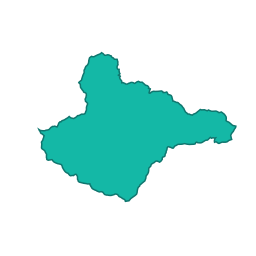 outline of Martshala, Samdrup Jongkhar, Bhutan, rotated 228°
{"feature_id": "84629894B7321058523370", "entity_name": "Martshala", "entity_type": "district", "adm_level": 2, "iso_a3": "BTN", "parent_name": "Bhutan", "parent_adm1": "Samdrup Jongkhar", "projection": "equal_earth", "projection_center": [91.734, 26.99], "detail": "fine", "context": "isolated", "style": "filled", "palette": "teal", "viewbox_px": 256, "rotation_deg": 228, "n_neighbors": 0, "source": "geoboundaries", "source_scale": "gbopen_adm2", "svg_char_len": 5806}
<svg xmlns="http://www.w3.org/2000/svg" viewBox="0 0 256 256"><g transform="rotate(228 128 128)"><path d="M57.2,209.4L59.9,207.5L63.3,207.1L65.0,206.8L66.6,206.0L67.9,205.8L69.3,207.4L70.5,208.3L71.9,208.6L73.8,208.8L77.4,208.1L78.5,205.9L80.1,205.5L81.7,204.7L83.7,202.2L84.8,201.1L86.6,200.2L87.5,199.9L87.8,198.4L89.4,197.5L90.3,197.1L92.3,194.7L93.4,194.1L93.4,192.2L93.5,191.0L93.6,188.7L93.7,187.9L94.4,186.2L94.5,185.8L94.5,184.5L96.3,183.2L97.1,183.0L97.8,182.4L98.3,181.9L98.7,181.7L99.8,181.8L101.3,181.4L103.7,182.0L105.4,182.6L106.3,182.5L108.4,182.8L109.8,182.7L110.4,182.4L111.9,182.3L112.1,182.2L113.1,182.2L114.0,181.8L114.5,181.2L117.2,180.0L117.7,179.7L117.9,179.4L122.1,181.6L123.3,181.8L124.3,181.4L126.0,180.3L126.5,180.2L126.8,180.5L128.8,180.9L129.0,180.7L129.2,179.9L130.2,178.5L130.9,177.8L131.8,178.2L133.2,177.6L134.9,175.2L136.7,173.0L138.3,171.4L138.8,170.3L138.9,169.8L139.1,169.3L139.0,168.0L139.3,167.4L139.7,167.1L140.4,167.5L140.5,167.9L141.1,168.7L141.5,169.3L141.7,170.1L142.0,170.4L142.2,170.7L142.7,170.2L143.7,169.8L143.8,170.2L144.1,170.6L145.1,170.8L146.0,170.8L146.9,170.5L147.6,170.0L148.0,169.6L148.9,169.6L152.5,169.2L153.9,167.6L155.7,167.0L156.3,165.5L156.5,163.8L156.7,162.8L157.2,162.5L158.4,162.1L159.4,161.3L159.7,160.9L160.2,160.0L160.2,159.2L160.8,158.4L161.1,156.9L162.0,155.9L163.0,155.5L163.5,155.5L164.0,155.0L165.0,154.7L165.8,153.6L167.0,154.7L169.9,155.0L170.3,155.1L171.1,155.5L171.6,156.9L172.2,156.9L173.2,156.2L173.7,156.2L173.5,157.7L173.9,158.5L174.8,158.5L175.7,159.2L176.3,159.4L177.3,160.5L177.6,160.6L177.7,160.3L178.7,159.7L179.7,160.0L180.6,160.6L181.1,161.2L181.5,162.0L181.7,162.9L182.6,163.4L183.7,164.5L184.4,165.0L185.1,165.2L186.3,165.9L186.7,165.5L188.2,163.9L189.8,164.0L191.0,163.4L192.1,163.5L192.7,163.7L193.1,163.7L193.5,163.2L194.6,162.9L195.4,162.4L196.0,161.9L196.6,160.7L197.1,159.9L197.7,159.3L200.2,159.2L201.2,158.8L201.6,158.8L201.7,157.0L201.9,156.4L202.1,155.8L202.6,154.6L203.2,152.5L203.5,151.5L203.6,150.8L203.9,150.2L204.5,149.5L205.7,148.8L205.8,147.2L205.9,146.7L205.8,146.2L204.3,143.9L203.8,143.6L203.5,143.0L202.6,142.0L202.0,140.2L201.9,139.2L202.0,138.0L201.5,136.7L201.3,136.3L200.7,135.5L200.7,134.9L200.2,133.9L198.5,132.5L198.2,131.8L197.4,129.9L195.6,126.8L195.1,126.2L194.7,125.3L194.8,122.1L194.6,121.7L194.0,121.8L192.7,121.8L192.1,121.6L191.2,120.8L189.9,119.9L188.7,119.7L188.0,119.7L187.0,119.5L185.4,119.5L184.5,119.1L183.6,119.3L183.1,119.8L182.1,120.0L181.4,119.9L180.0,118.8L179.7,118.1L179.3,117.8L178.9,117.4L178.6,116.4L178.1,115.4L176.1,114.2L175.4,114.5L174.3,114.4L173.6,114.5L172.9,114.0L172.4,113.3L172.4,113.0L172.0,112.3L171.3,111.1L170.5,110.3L169.8,109.8L169.0,108.8L168.4,107.4L167.8,106.4L167.5,105.5L167.8,104.6L168.3,103.9L169.4,102.7L170.0,100.1L170.9,98.8L170.8,96.9L171.2,94.7L171.5,93.9L173.6,92.4L174.7,92.1L175.9,92.0L175.9,90.1L176.4,87.8L176.5,86.8L177.1,84.8L177.5,84.2L177.6,83.3L177.5,82.9L177.5,82.2L178.1,81.7L178.0,79.8L177.5,79.0L177.0,78.0L176.6,76.9L176.2,76.2L176.5,75.8L178.4,74.8L179.1,73.5L179.8,72.8L179.7,72.2L180.0,71.2L179.7,68.3L180.1,67.5L180.3,66.9L181.2,65.7L181.5,64.8L181.7,64.3L182.7,63.1L184.4,61.6L185.2,61.1L186.5,60.8L185.3,60.4L184.0,60.4L183.0,59.8L181.9,59.8L181.0,60.3L178.3,60.5L178.0,59.7L177.2,58.7L176.9,57.9L176.3,57.0L176.0,56.5L175.4,54.2L173.9,53.3L171.1,50.4L170.1,50.2L167.5,50.8L166.2,50.8L165.4,50.4L163.4,50.0L162.7,49.7L161.9,48.8L160.6,47.6L160.0,47.3L159.6,47.2L158.9,46.6L158.5,46.8L157.5,47.1L155.4,50.3L155.1,50.4L154.1,50.2L152.6,50.2L151.8,50.4L150.3,51.0L148.4,52.0L147.1,53.0L146.0,53.6L145.6,53.9L144.8,53.9L144.0,53.7L142.5,52.9L139.8,52.3L137.8,52.1L136.7,52.2L135.4,52.6L134.6,53.1L131.8,53.0L131.0,53.3L129.8,55.1L129.1,55.7L129.1,56.2L129.1,57.0L128.6,58.2L128.4,58.4L127.3,58.4L125.6,57.9L123.7,56.2L123.1,56.0L122.6,56.0L122.0,55.5L121.2,55.4L120.2,55.7L116.6,58.1L114.7,59.7L113.4,60.6L112.0,62.3L111.0,61.7L110.0,61.6L109.2,61.2L108.5,61.3L107.3,60.9L106.4,61.0L105.4,61.4L103.8,62.0L103.0,62.5L102.1,62.7L100.4,63.5L99.6,64.0L98.7,65.4L97.3,66.3L95.0,66.2L94.4,66.1L94.0,66.3L92.6,67.1L91.9,67.9L91.0,68.5L89.8,69.6L89.2,70.3L88.5,71.7L87.8,73.1L87.5,74.3L87.0,74.8L86.3,75.3L85.5,75.7L83.1,75.5L81.0,76.4L80.3,76.6L79.6,76.6L78.5,77.0L78.0,77.3L76.8,77.5L75.7,77.5L75.4,77.0L75.2,77.0L74.0,78.9L73.6,79.8L73.3,79.9L73.4,80.3L73.4,81.0L73.7,82.8L73.1,88.2L73.1,90.1L73.9,91.5L74.9,92.6L76.2,94.3L76.8,95.3L77.1,96.4L77.0,97.5L77.1,97.8L77.5,98.4L77.7,99.1L77.6,100.0L77.6,101.3L77.5,103.8L77.4,105.1L77.9,106.0L78.5,107.3L80.2,109.3L80.7,111.9L81.4,113.5L82.5,114.9L83.5,115.8L84.2,116.6L84.3,117.3L84.4,119.0L84.5,119.6L85.2,120.5L85.4,121.2L85.4,121.7L85.1,122.7L85.1,123.4L84.8,124.2L84.8,126.1L84.6,126.6L84.1,127.4L82.6,128.2L81.5,128.6L81.3,130.0L81.4,130.8L81.8,132.5L82.8,133.4L83.1,134.2L82.4,136.1L82.5,136.8L83.6,138.0L83.8,138.4L84.2,139.8L85.0,140.6L85.2,140.9L85.8,142.3L86.7,143.4L87.1,143.9L87.3,144.6L87.3,145.2L87.0,145.6L86.2,146.1L85.7,146.3L85.1,146.8L84.3,147.0L83.5,147.5L82.9,147.9L82.8,148.3L82.8,148.7L83.2,150.1L83.2,151.1L82.9,151.7L82.4,154.2L80.4,156.6L79.6,157.7L79.0,158.8L78.5,159.6L78.0,160.0L76.7,160.9L74.8,162.5L71.8,166.2L71.3,167.2L71.3,167.6L71.8,168.4L71.7,169.3L71.4,169.7L70.5,169.9L70.1,170.2L68.2,172.2L67.7,173.4L67.6,174.1L67.4,174.9L67.1,176.8L66.9,177.5L65.8,179.1L65.9,181.9L65.9,182.7L65.8,183.0L64.8,183.1L64.4,183.3L64.1,184.3L63.8,184.7L62.9,185.3L62.3,185.9L62.1,186.3L61.9,185.5L61.2,184.3L60.6,183.5L59.5,182.8L59.4,183.1L58.8,184.2L58.1,184.5L57.3,184.6L56.6,184.8L55.9,185.1L55.6,185.4L54.8,187.8L54.4,188.6L52.3,190.9L51.5,192.2L51.3,193.0L51.3,194.5L50.1,197.4L51.6,198.1L52.9,198.9L53.7,199.3L54.3,200.4L54.8,202.2L55.0,204.0L55.9,206.2L56.2,207.7L56.6,208.7L57.2,209.4Z" fill="#14b8a6" stroke="#0f766e" stroke-width="1.5"/></g></svg>